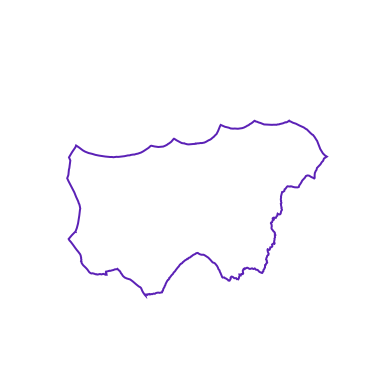 outline of Medina Yoroufoula, Kolda, Senegal, rotated 323°
{"feature_id": "50182788B71056203552440", "entity_name": "Medina Yoroufoula", "entity_type": "district", "adm_level": 2, "iso_a3": "SEN", "parent_name": "Senegal", "parent_adm1": "Kolda", "projection": "natural_earth1", "projection_center": [-14.81, 13.235], "detail": "fine", "context": "isolated", "style": "outline", "palette": "violet", "viewbox_px": 384, "rotation_deg": 323, "n_neighbors": 0, "source": "geoboundaries", "source_scale": "gbopen_adm2", "svg_char_len": 6043}
<svg xmlns="http://www.w3.org/2000/svg" viewBox="0 0 384 384"><g transform="rotate(323 192 192)"><path d="M92.5,246.8L92.9,245.9L93.4,246.0L94.2,247.1L94.6,246.8L95.0,247.0L95.3,247.4L96.2,247.6L96.3,248.0L96.7,248.0L96.9,248.6L98.0,248.9L98.5,249.5L99.1,249.8L100.0,249.9L100.8,250.7L101.4,251.0L101.9,250.9L103.2,251.3L104.5,252.0L105.4,253.0L106.9,253.7L107.2,254.4L107.1,254.6L108.6,253.3L109.4,253.3L110.8,252.1L113.0,251.2L113.5,250.7L114.5,250.4L115.7,249.5L118.4,248.2L119.9,247.7L120.3,247.9L121.1,247.6L121.6,247.6L122.2,246.9L122.8,247.0L125.5,246.2L127.7,245.9L128.8,245.3L130.7,245.1L132.0,244.6L135.7,243.6L136.3,243.6L138.5,242.8L139.5,242.8L139.8,242.6L141.3,242.9L142.5,242.5L143.2,242.6L143.7,242.5L145.5,242.4L147.4,242.7L147.8,242.5L148.4,242.9L148.7,242.7L150.1,242.7L150.7,243.0L151.7,243.1L152.6,242.9L153.1,243.1L153.6,243.0L155.2,243.0L157.5,243.5L158.5,243.4L159.6,243.9L160.0,244.2L160.1,244.9L160.9,246.6L161.9,247.9L163.5,249.1L164.1,250.3L165.5,254.2L165.9,257.5L166.1,260.6L167.0,261.9L167.4,263.0L167.5,266.0L167.2,268.0L166.7,269.5L166.8,271.2L166.3,272.2L166.0,274.0L164.9,278.1L165.0,278.8L166.1,279.5L166.4,279.8L166.5,280.7L167.2,281.8L167.9,284.1L167.8,284.6L168.4,285.3L168.7,285.4L170.8,284.5L171.0,283.9L171.5,283.5L172.6,283.3L173.4,284.2L173.9,286.3L175.3,287.3L175.5,287.5L175.4,288.5L175.7,288.6L176.4,289.6L177.6,289.0L178.7,288.0L179.6,287.8L180.0,287.5L180.0,286.7L180.2,286.4L180.5,286.7L181.0,287.8L181.5,287.4L182.1,287.2L182.5,287.4L182.8,287.9L183.1,288.1L183.9,287.8L185.1,285.5L186.3,284.8L186.8,284.6L187.2,285.2L187.5,285.3L187.8,284.8L188.1,284.6L189.2,285.4L190.4,285.6L190.8,286.0L191.6,287.9L192.1,288.4L194.0,289.1L194.4,290.0L194.9,290.6L196.1,290.8L196.3,292.5L197.5,293.7L197.8,296.4L199.0,298.6L199.3,298.9L199.8,298.8L200.3,298.3L201.2,298.3L202.1,297.3L203.3,297.0L204.1,296.4L204.8,296.3L206.3,294.4L206.6,294.6L207.0,294.6L208.0,293.9L209.4,293.7L209.6,293.1L209.8,293.1L210.1,292.2L210.6,291.6L210.5,290.5L211.7,289.5L212.9,288.9L213.5,288.3L214.6,288.1L215.0,288.2L215.2,287.9L216.0,287.6L216.6,285.3L217.0,284.7L217.4,283.7L218.0,283.3L218.8,284.7L219.2,284.8L220.0,284.4L221.2,283.3L222.3,283.9L223.2,283.8L223.7,283.5L224.3,282.1L226.0,282.1L226.1,282.5L226.5,283.0L227.2,282.6L227.3,281.5L227.8,281.1L228.0,280.7L229.1,279.9L229.5,279.4L229.8,278.8L231.0,278.2L231.8,276.8L232.7,276.6L232.8,276.1L232.8,275.3L233.5,274.8L233.6,274.3L233.7,273.3L233.4,272.5L233.5,271.2L233.4,269.9L233.6,268.9L234.4,267.9L235.1,267.4L236.0,265.8L236.1,264.6L236.4,264.2L237.0,264.0L237.8,264.3L239.3,263.2L240.4,263.4L240.9,263.2L241.0,262.8L240.5,262.1L240.4,261.8L240.6,261.6L240.9,261.5L241.7,261.6L241.9,261.9L242.3,262.1L242.3,262.3L243.4,263.1L244.9,262.3L245.8,262.3L246.4,261.8L246.7,261.3L247.3,260.9L247.4,261.3L247.9,261.9L248.3,262.5L249.0,262.8L249.8,262.6L251.6,261.0L253.1,260.4L253.4,259.8L253.5,259.0L254.2,258.4L254.3,257.7L254.6,257.4L255.1,256.2L255.7,255.4L255.8,254.9L256.6,254.7L257.0,254.3L257.1,253.9L257.4,253.1L258.0,252.5L258.1,251.9L258.6,251.2L260.0,249.8L260.3,249.2L263.9,246.3L264.3,246.6L265.2,246.7L266.4,246.7L267.6,245.6L268.5,245.7L270.8,245.0L271.7,244.9L273.5,246.6L273.9,246.6L274.3,247.1L275.0,247.5L275.4,248.3L276.8,250.0L279.0,251.8L280.2,252.3L281.8,251.2L282.7,251.0L285.1,250.1L286.9,249.2L290.9,248.5L292.5,247.8L293.3,248.1L293.9,248.1L294.9,248.9L295.4,249.5L296.4,252.1L297.0,253.0L297.7,254.7L298.4,254.6L300.1,252.3L301.5,250.8L303.4,249.7L304.7,249.3L306.3,248.0L311.3,247.2L313.5,246.3L315.5,246.0L317.5,244.7L321.0,244.9L320.2,242.8L319.8,239.9L320.3,234.9L322.7,226.4L322.7,225.4L323.0,222.0L323.0,219.3L322.6,218.6L322.1,216.2L321.4,211.1L320.9,210.2L320.1,207.7L317.8,203.5L316.1,200.0L314.3,197.4L312.9,194.5L312.3,194.1L312.4,193.5L310.1,193.4L308.9,193.0L308.8,192.7L308.2,192.4L306.0,191.9L302.9,190.5L302.3,190.4L301.1,189.6L300.0,189.2L297.7,187.4L296.3,186.5L290.2,181.4L288.3,178.2L287.1,176.6L286.2,175.0L285.4,174.1L284.9,172.8L284.6,172.7L284.0,172.8L280.9,172.9L279.0,172.6L277.4,172.7L276.0,172.3L275.1,172.3L272.3,171.8L270.5,171.2L266.7,169.1L264.3,167.0L262.9,166.1L261.1,164.5L260.1,162.8L257.6,159.8L255.3,155.7L254.0,156.3L249.5,159.0L246.4,160.5L245.0,160.6L242.2,161.1L241.6,161.0L239.1,161.2L237.3,161.0L236.5,160.7L233.7,160.4L231.7,160.0L229.2,158.8L228.6,158.2L226.7,157.2L225.1,156.1L224.2,155.9L223.9,155.3L223.2,155.3L222.2,154.6L218.0,152.0L216.8,150.9L215.3,148.9L215.1,148.4L214.8,148.3L213.4,146.9L212.9,146.0L211.2,142.3L210.6,141.0L210.4,140.2L209.7,138.6L209.1,138.6L205.7,139.4L203.0,139.4L201.9,139.2L200.9,139.3L198.8,139.0L196.4,138.4L192.2,135.8L189.5,133.1L187.4,130.6L186.7,130.3L183.9,130.6L177.6,130.2L175.0,129.8L171.6,128.7L170.7,128.2L168.3,127.3L167.6,126.7L165.3,125.5L164.4,125.3L162.8,124.2L159.7,122.8L154.4,119.7L152.8,118.4L150.1,116.9L149.1,115.8L147.7,114.8L144.1,111.5L139.6,106.9L137.2,104.2L135.1,101.3L132.9,98.7L130.9,95.4L129.9,93.1L128.5,88.2L127.4,85.1L125.8,86.1L120.2,88.0L114.6,90.3L113.8,93.6L108.3,99.2L107.3,99.9L103.8,103.7L103.1,104.3L100.6,105.9L99.9,109.0L97.8,121.5L96.5,126.2L95.5,130.9L94.8,132.8L94.6,134.1L93.9,135.7L92.7,138.1L92.1,138.5L87.8,143.0L82.0,148.6L78.3,151.5L75.1,153.5L75.0,153.8L74.7,153.5L70.0,154.2L65.2,155.3L65.0,156.9L65.2,158.9L65.2,162.9L65.1,166.1L65.1,169.4L65.2,170.7L65.2,174.4L64.8,175.9L64.3,176.8L64.1,177.5L63.5,178.2L63.0,179.4L62.3,179.9L62.1,180.6L61.6,180.8L61.7,181.4L61.4,181.8L61.1,182.5L61.0,185.0L61.6,188.7L61.8,190.9L61.7,193.9L61.8,194.6L62.2,195.8L62.6,196.5L63.7,197.1L65.0,198.8L65.3,199.4L66.0,200.2L66.4,200.3L66.6,200.8L67.1,201.2L69.1,202.1L70.1,203.3L71.9,204.0L72.7,205.1L73.0,205.9L74.0,206.7L74.5,205.8L74.7,204.6L75.1,204.0L75.5,203.8L76.4,204.4L78.7,205.2L78.9,205.6L81.4,206.6L82.2,207.0L83.7,207.3L85.7,208.5L86.2,208.5L86.4,210.6L86.7,211.1L86.7,212.7L86.4,214.1L86.5,215.2L86.3,217.4L86.8,219.9L87.3,220.6L87.6,221.4L90.0,224.7L90.9,227.8L91.9,232.4L92.7,235.5L93.4,237.0L93.5,238.2L92.8,240.9L92.5,242.9L92.4,245.7L92.5,246.8Z" fill="none" stroke="#5b21b6" stroke-width="2"/></g></svg>